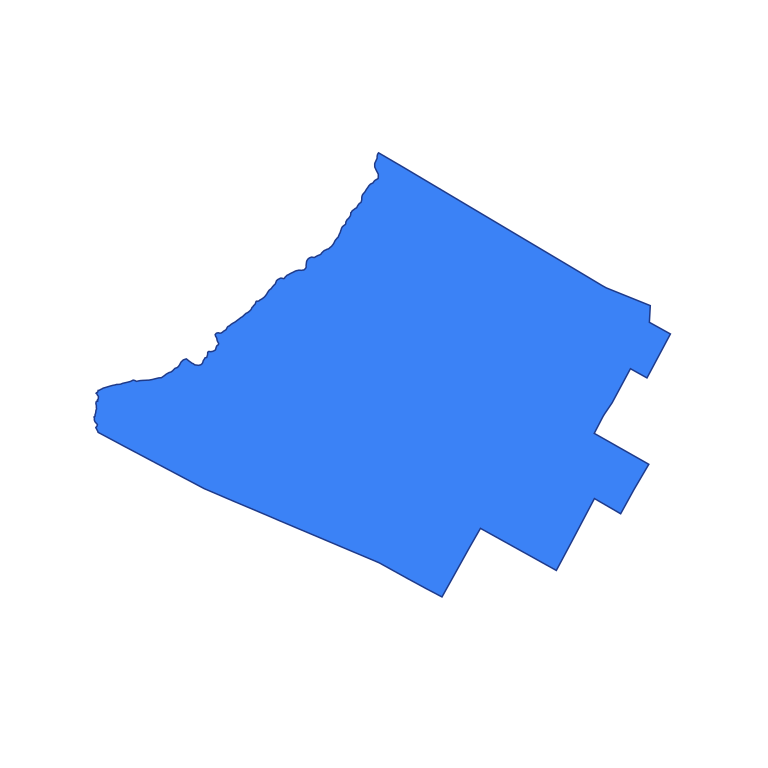 outline of Merlo, Buenos Aires, Argentina, rotated 345°
{"feature_id": "61730980B89820972090318", "entity_name": "Merlo", "entity_type": "district", "adm_level": 2, "iso_a3": "ARG", "parent_name": "Argentina", "parent_adm1": "Buenos Aires", "projection": "natural_earth1", "projection_center": [-58.788, -34.707], "detail": "fine", "context": "isolated", "style": "filled", "palette": "blue", "viewbox_px": 768, "rotation_deg": 345, "n_neighbors": 0, "source": "geoboundaries", "source_scale": "gbopen_adm2", "svg_char_len": 5634}
<svg xmlns="http://www.w3.org/2000/svg" viewBox="0 0 768 768"><g transform="rotate(345 384 384)"><path d="M661.5,377.2L623.6,348.7L620.6,345.8L619.5,344.7L594.7,319.1L459.1,180.0L438.6,159.3L437.8,159.9L437.1,160.7L436.3,162.2L436.0,163.4L435.7,164.3L434.3,165.9L433.6,166.8L432.7,167.8L432.0,168.9L431.6,170.4L431.5,171.1L431.2,171.9L431.7,174.8L431.9,175.9L432.5,178.5L432.8,179.8L432.4,181.3L432.0,182.7L431.5,184.0L430.9,184.2L428.2,184.9L426.9,185.6L425.7,186.7L425.1,187.0L422.7,187.4L420.7,188.6L419.3,189.9L417.3,191.5L415.4,193.4L412.9,195.1L412.3,195.6L411.9,196.1L411.3,197.0L410.7,198.4L410.3,200.0L409.7,201.2L408.9,202.5L408.0,202.9L406.8,203.3L406.4,203.6L405.5,204.3L404.3,205.4L403.9,205.9L403.2,206.7L401.7,207.0L399.9,207.8L398.2,208.4L396.8,209.7L396.2,210.0L395.9,211.2L395.1,212.8L393.4,214.3L392.0,215.2L391.2,215.5L390.6,216.0L390.1,216.5L389.5,217.2L389.1,217.6L388.8,218.4L388.6,219.1L388.1,219.8L386.9,220.3L386.3,220.5L385.2,221.0L384.6,221.3L384.1,221.7L383.3,222.6L382.9,223.2L382.5,223.9L382.1,224.4L381.7,225.0L381.3,225.7L380.9,226.3L380.5,226.8L379.8,227.5L379.3,228.2L378.6,229.1L378.0,229.9L377.5,230.5L376.7,230.8L376.1,231.2L375.2,231.9L374.6,232.2L374.2,232.6L373.5,233.2L373.1,233.7L372.7,234.2L372.2,234.8L371.6,235.3L371.1,235.9L370.5,236.3L369.9,236.7L369.2,237.3L368.4,237.7L367.9,237.9L367.1,238.2L366.5,238.6L365.9,238.9L365.2,239.1L364.5,239.1L363.8,239.1L363.3,239.2L362.2,239.5L361.6,239.5L360.6,239.7L359.9,240.1L359.1,240.5L358.6,240.8L358.1,241.1L357.6,241.4L357.0,242.0L356.5,242.3L355.5,242.6L354.8,242.7L354.1,242.7L353.5,242.8L352.7,242.9L351.7,243.2L351.2,243.3L350.6,243.4L349.8,243.8L349.2,243.7L348.7,243.5L348.1,243.2L347.0,242.7L346.3,242.7L345.3,242.8L344.7,242.9L344.1,243.1L343.5,243.3L342.8,243.7L342.1,244.3L341.3,245.1L340.9,245.7L340.2,247.4L339.8,248.4L339.5,249.1L339.3,249.9L339.1,250.9L338.5,251.7L337.8,252.2L337.2,252.6L336.4,253.0L335.5,253.1L334.9,252.9L333.9,252.9L333.2,252.7L332.5,252.4L332.0,252.3L331.3,252.0L330.8,252.0L330.0,252.0L329.4,251.9L328.7,251.9L328.1,251.9L327.3,252.0L326.6,252.2L326.0,252.3L325.2,252.5L324.0,252.7L322.4,253.0L320.7,253.4L320.2,253.7L319.6,253.7L318.7,253.8L317.9,254.2L317.1,254.7L316.1,255.2L315.7,255.6L315.2,256.1L314.5,256.3L313.7,255.9L312.9,255.5L312.3,255.2L311.5,255.0L310.7,255.1L310.0,255.3L308.9,255.5L308.2,255.7L307.5,256.1L306.8,256.5L306.3,257.3L305.7,258.0L305.2,258.9L304.4,259.5L303.8,259.9L303.1,260.1L302.4,260.7L301.8,261.0L301.3,261.4L300.8,261.8L299.7,262.7L299.1,262.9L298.4,263.2L297.3,263.7L296.7,264.2L296.0,264.8L294.9,265.8L294.5,266.3L293.6,267.1L293.2,267.4L292.7,267.8L292.2,268.2L291.5,268.7L291.0,269.0L290.2,269.4L289.6,269.6L289.0,269.9L288.3,270.1L287.6,270.4L287.1,270.5L286.2,270.6L285.5,271.0L284.8,271.3L284.2,271.4L283.5,271.4L282.8,271.1L282.1,271.0L281.6,271.4L281.1,272.2L280.5,273.1L279.9,273.7L279.3,274.1L278.7,274.3L278.1,274.7L277.7,275.2L277.0,275.6L276.5,275.8L275.9,276.4L275.5,277.0L274.7,277.8L273.4,278.6L272.5,279.0L271.9,279.3L271.1,279.6L270.5,279.8L269.9,279.9L269.1,280.0L268.3,280.4L267.5,280.8L265.5,281.9L264.9,282.2L263.8,282.6L263.2,282.7L261.5,283.4L260.6,283.8L259.8,284.1L259.3,284.3L258.3,284.7L257.7,285.0L256.0,285.6L255.5,285.8L254.3,286.0L253.7,286.2L252.7,286.5L252.0,286.7L251.2,287.1L250.1,287.6L249.6,287.8L248.1,288.1L247.6,288.4L246.9,289.1L246.2,289.9L245.4,290.7L243.7,291.2L242.6,291.5L241.5,292.1L240.9,292.3L239.8,292.6L238.6,292.5L237.9,292.0L237.1,291.6L235.5,291.5L234.8,291.8L233.7,292.6L233.7,294.4L234.0,295.1L234.3,296.6L234.1,298.4L234.2,299.8L234.4,300.6L234.7,301.5L234.7,302.3L234.4,302.8L233.9,303.3L232.6,303.7L231.9,304.4L230.9,305.9L230.2,307.2L229.7,307.6L229.0,307.7L228.4,307.9L227.4,308.1L226.5,308.1L224.8,307.9L223.3,307.2L222.7,307.3L221.9,307.8L221.6,308.8L221.2,309.9L220.9,310.5L220.4,311.2L219.6,312.5L218.3,312.4L217.7,312.5L216.8,313.6L215.5,314.6L215.0,315.5L214.3,316.6L213.5,317.3L212.1,318.0L209.7,318.0L206.1,316.5L205.0,315.0L204.0,314.3L201.5,311.2L199.6,308.6L198.7,308.6L196.3,308.8L193.6,310.3L192.3,311.7L191.5,312.6L189.9,313.9L188.5,314.6L186.1,314.8L183.1,316.6L181.2,317.3L179.3,317.3L176.2,318.1L174.2,319.0L170.7,320.3L167.9,319.8L164.0,319.7L161.5,319.7L157.7,319.4L157.0,319.2L151.5,318.0L149.4,317.6L148.1,317.5L145.6,317.4L144.2,316.1L142.7,315.3L139.8,315.9L136.7,315.9L131.7,315.7L129.5,316.0L127.5,315.7L125.6,315.2L124.1,315.3L121.7,315.1L119.5,315.1L116.1,315.2L113.1,315.3L111.7,315.3L110.9,315.5L110.3,315.7L109.4,315.9L108.8,315.9L108.2,316.1L107.5,316.4L106.2,316.2L105.7,317.2L105.2,317.8L104.6,317.9L104.0,318.0L103.5,318.5L103.8,318.9L104.3,319.7L104.3,320.5L104.7,321.3L104.9,322.3L104.7,322.9L104.4,323.6L104.1,324.5L103.5,324.9L103.0,325.3L103.2,325.9L102.9,326.6L102.4,326.4L101.8,326.4L101.2,326.9L100.9,327.7L100.6,328.5L100.6,329.5L100.6,330.3L100.4,330.9L100.3,331.6L100.0,332.5L100.0,333.2L99.8,333.9L99.3,334.4L98.9,335.1L98.6,335.7L98.4,336.5L98.0,337.2L97.6,338.0L97.1,338.6L96.8,339.2L96.8,339.9L96.4,340.4L95.7,340.5L95.3,340.9L95.6,341.5L95.4,342.1L95.1,343.0L94.9,343.7L94.9,344.5L95.1,345.7L95.4,346.4L96.7,349.0L96.4,349.6L95.9,350.3L95.4,350.8L94.9,351.2L94.4,351.3L94.4,352.0L94.7,353.0L94.9,353.8L95.0,354.5L95.2,355.2L95.3,355.9L95.3,356.7L117.1,377.1L183.3,438.6L210.3,459.8L235.0,479.0L248.7,489.8L310.1,537.6L333.1,555.5L356.6,578.2L372.0,592.8L384.9,604.7L409.9,578.9L424.6,563.7L439.8,548.4L459.5,567.4L502.2,608.7L524.0,585.4L557.6,549.1L579.0,570.6L598.1,550.7L619.0,530.1L574.3,486.1L587.2,472.0L589.3,470.0L599.5,461.2L626.0,433.0L639.6,446.2L673.6,409.8L656.3,393.1L661.5,377.2Z" fill="#3b82f6" stroke="#1e3a8a" stroke-width="1.5"/></g></svg>